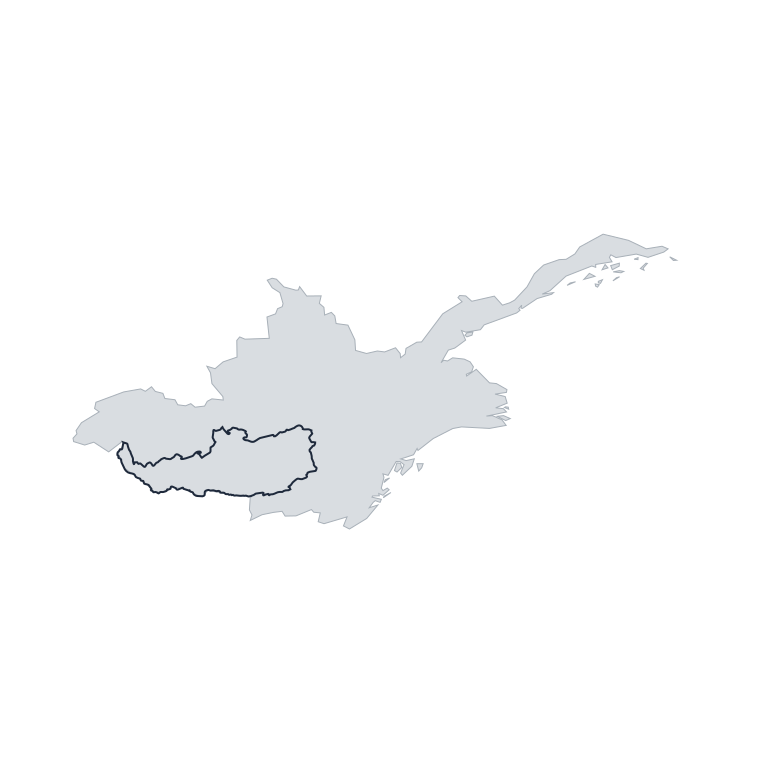 where Sagaing sits in Myanmar, rotated 255°
{"feature_id": "MMR-3302", "entity_name": "Sagaing", "entity_type": "Division", "adm_level": 1, "iso_a3": "MMR", "parent_name": "Myanmar", "parent_adm1": "", "projection": "robinson", "projection_center": [95.526, 24.485], "detail": "fine", "context": "in_parent", "style": "outline", "palette": "slate", "viewbox_px": 768, "rotation_deg": 255, "n_neighbors": 0, "source": "natural_earth", "source_scale": "10m", "svg_char_len": 9766}
<svg xmlns="http://www.w3.org/2000/svg" viewBox="0 0 768 768"><g transform="rotate(255 384 384)"><path d="M485.4,346.1L478.6,342.4L473.6,345.8L466.0,344.5L466.8,351.7L462.5,354.1L454.8,353.4L450.2,364.4L434.2,367.3L423.8,365.2L418.0,375.0L417.6,386.1L414.8,392.9L416.0,404.5L409.2,407.5L405.1,406.8L407.4,412.2L412.7,414.5L415.9,426.5L414.9,431.2L436.6,458.9L443.2,480.7L448.3,477.8L449.9,480.0L447.9,485.8L441.2,490.2L440.3,513.3L429.5,518.8L429.9,526.5L431.2,531.9L440.8,547.3L451.6,557.8L457.6,569.0L458.8,585.4L457.3,592.2L460.2,602.0L465.7,608.5L472.0,634.4L459.5,657.3L446.7,672.3L445.1,688.2L441.0,693.4L439.0,688.4L438.0,671.8L444.2,661.3L446.1,640.8L450.1,636.5L448.0,634.5L443.0,635.9L444.7,619.4L441.9,618.7L444.2,615.3L441.1,587.8L431.2,568.5L429.9,560.1L428.4,571.4L427.3,569.2L426.9,554.0L421.2,537.4L421.8,536.0L424.5,537.4L422.0,533.7L420.0,534.5L418.3,530.5L415.2,496.1L411.5,491.2L412.9,476.4L415.6,472.7L405.3,474.2L400.4,461.7L400.1,454.9L389.8,444.6L391.5,447.8L389.8,451.3L391.5,457.1L387.3,467.9L383.1,472.9L377.5,474.8L373.1,471.8L372.1,466.0L370.3,465.9L374.3,476.9L357.8,486.2L355.3,492.7L346.8,501.3L344.2,500.1L345.5,488.6L340.5,497.8L333.6,498.0L332.1,485.7L329.3,492.9L325.3,495.1L326.5,474.6L325.4,480.5L318.8,488.7L312.4,491.3L313.8,474.4L322.5,447.7L323.2,438.9L318.6,417.5L311.0,399.6L313.2,399.3L308.0,394.2L307.3,380.8L304.3,385.6L303.9,393.9L297.3,389.6L291.1,378.1L293.7,377.0L300.9,382.5L304.9,379.4L306.0,375.7L294.7,364.3L297.5,359.7L293.8,359.8L284.1,354.4L281.3,355.4L282.6,360.2L280.5,361.6L276.8,354.2L279.6,350.6L277.2,350.5L278.8,344.0L277.8,343.1L273.3,351.6L270.7,349.6L273.6,345.3L272.4,342.8L268.3,337.7L268.7,346.8L258.6,332.5L252.9,313.1L257.4,308.1L265.2,313.9L264.6,289.9L268.0,284.8L276.0,289.1L278.3,283.0L281.5,281.4L279.4,264.9L282.0,254.3L287.4,252.6L288.6,244.0L289.3,232.4L286.8,219.5L291.7,222.6L297.2,221.4L310.1,225.8L314.9,210.8L327.0,186.2L322.6,180.6L323.3,177.1L334.0,164.2L339.4,152.7L337.0,142.3L339.3,133.9L349.0,128.5L370.0,111.5L385.6,109.1L392.0,115.8L396.3,116.4L389.7,100.5L402.9,88.6L402.5,79.1L408.7,69.3L412.1,69.6L415.3,74.5L418.7,74.5L424.9,81.7L430.8,101.7L435.2,98.1L440.9,101.0L443.7,130.5L442.2,147.7L438.7,151.6L441.5,158.7L436.0,161.2L432.2,168.0L426.7,168.6L422.9,178.0L417.3,179.4L414.3,186.7L415.0,192.3L410.5,195.5L409.1,205.0L413.0,208.8L414.2,213.9L410.1,224.6L413.6,225.1L428.9,217.9L439.7,219.3L447.0,217.5L442.5,224.8L447.0,234.3L448.0,249.0L464.2,253.1L466.8,256.8L463.3,261.3L457.8,285.0L479.0,288.3L479.8,297.4L484.3,300.7L485.0,305.7L487.8,307.3L499.2,307.1L505.9,300.9L514.5,298.1L515.1,303.3L513.1,307.2L503.7,312.4L497.4,323.2L497.0,325.6L499.9,327.7L489.0,332.1L485.4,346.1ZM297.7,371.7L304.4,376.1L303.1,379.3L298.8,379.6L295.6,373.8L297.7,371.7ZM433.3,604.1L437.7,611.0L433.4,615.7L433.3,604.1ZM296.9,401.2L293.3,398.7L290.9,395.0L298.5,395.1L296.9,401.2ZM439.7,633.6L439.8,642.6L437.0,641.7L435.3,634.1L439.7,633.6ZM322.5,491.3L317.9,497.0L317.2,492.1L323.5,485.0L322.5,491.3ZM411.2,483.3L408.4,481.6L408.1,476.3L410.2,474.8L411.9,477.4L411.2,483.3ZM430.7,644.7L430.1,641.7L433.0,634.4L432.6,640.7L430.7,644.7ZM429.2,661.5L432.9,668.3L432.3,669.6L428.8,664.3L426.6,664.6L429.2,661.5ZM442.2,628.5L438.2,630.4L437.9,624.2L442.2,628.5ZM432.9,692.9L427.8,698.7L428.4,695.5L432.9,692.9ZM275.6,355.2L277.4,362.6L274.3,353.9L275.6,355.2ZM433.4,589.9L433.2,595.5L431.9,586.4L433.4,589.9ZM291.2,360.4L291.8,365.1L288.8,358.5L291.2,360.4ZM428.2,622.0L425.2,619.2L426.2,617.2L427.7,617.6L428.2,622.0ZM426.0,613.9L424.2,617.6L422.3,615.3L423.8,613.7L426.0,613.9ZM426.5,636.0L426.6,639.3L424.4,631.8L426.5,636.0ZM329.5,498.0L327.4,497.9L330.2,494.2L330.5,495.5L329.5,498.0ZM440.3,662.1L438.4,661.5L439.8,657.9L440.3,662.1Z" fill="#d9dde1" stroke="#a8b0b8" stroke-width="1"/><path d="M384.3,108.1L385.4,108.3L386.4,108.8L386.9,109.1L387.2,109.6L387.8,110.6L388.2,111.1L389.1,111.9L389.3,112.2L388.8,113.4L388.8,113.9L389.4,114.5L393.4,116.4L394.1,117.2L394.4,117.4L395.0,117.2L393.1,120.2L392.4,120.6L392.0,120.6L389.8,120.5L386.6,120.7L384.8,121.3L384.1,121.5L382.5,121.5L377.5,122.2L376.4,122.1L374.4,121.5L371.8,121.5L371.4,121.7L371.4,121.9L372.8,122.9L372.9,123.1L372.5,124.0L372.4,125.1L372.2,125.4L371.0,125.8L370.6,126.0L370.4,126.2L370.4,127.7L370.2,128.2L366.5,130.6L366.0,131.1L365.9,131.6L366.1,132.1L366.9,133.0L367.5,133.5L368.3,134.5L368.6,135.6L368.9,137.2L368.7,137.7L368.2,138.2L367.5,138.6L366.7,138.9L365.1,139.4L364.7,140.0L364.8,140.7L364.9,141.0L366.5,143.2L366.8,143.8L366.9,144.4L366.9,145.2L367.1,145.6L367.9,146.9L368.3,148.2L369.0,149.3L369.4,151.9L369.3,153.0L368.8,153.7L368.3,154.1L366.8,157.8L366.8,158.4L366.8,158.8L367.3,160.1L367.7,161.6L367.9,162.2L369.5,164.2L369.8,165.2L369.7,165.8L369.3,166.5L368.8,167.2L367.1,168.6L366.3,169.7L366.1,169.8L365.8,169.8L365.5,169.7L364.7,168.7L364.2,168.7L363.9,169.1L363.6,170.4L363.5,173.4L363.9,179.7L364.2,181.1L365.7,183.1L366.3,184.3L366.7,185.2L366.8,186.3L366.8,187.0L366.5,188.3L366.2,188.9L365.7,189.3L365.2,189.3L365.0,189.1L365.0,188.4L365.3,187.6L365.5,186.5L365.5,186.1L365.2,186.0L364.5,186.9L363.7,187.5L361.6,188.2L360.5,188.6L359.9,189.0L361.2,192.5L362.7,197.7L363.0,198.3L363.7,198.9L364.2,199.1L366.9,199.8L367.6,200.1L368.6,203.1L369.4,204.1L370.6,205.1L371.4,206.1L371.7,206.2L372.4,205.6L372.7,205.4L374.5,205.1L376.0,204.7L376.9,204.7L381.1,206.5L382.7,206.9L383.6,207.5L383.4,208.2L382.6,208.9L382.3,209.3L382.2,209.6L382.2,213.2L382.3,214.0L382.6,214.6L383.6,215.6L384.2,216.8L383.0,217.0L381.7,217.4L376.6,219.9L376.2,220.3L375.9,220.7L375.8,221.1L375.9,221.6L376.2,222.1L376.5,222.2L376.8,222.2L377.3,221.3L377.8,220.9L378.3,220.8L378.7,220.8L379.0,220.9L379.4,221.3L379.4,221.5L379.5,223.3L379.8,224.1L380.1,225.1L380.8,226.0L380.9,226.8L380.8,227.1L379.2,230.4L378.9,230.7L378.4,230.9L378.1,231.2L377.4,232.2L377.4,232.4L377.2,233.1L377.2,233.7L376.8,234.8L376.1,236.0L375.7,236.5L375.3,236.9L374.5,237.9L373.9,238.3L373.0,237.5L372.7,237.5L372.2,237.6L370.9,238.4L370.2,238.5L368.6,237.8L368.4,237.6L368.2,237.3L368.2,236.8L368.5,235.5L368.5,235.1L368.2,234.4L367.9,234.1L367.6,234.1L367.0,234.2L366.2,234.9L365.6,235.7L364.8,237.8L363.0,240.2L362.4,241.2L362.0,242.6L362.0,243.8L362.8,246.6L363.3,248.0L363.9,250.2L363.6,263.2L363.5,263.6L363.3,263.9L363.0,264.1L362.3,264.1L362.0,264.2L361.7,265.3L362.2,266.9L364.2,270.6L364.3,271.3L364.1,272.0L363.7,272.6L363.6,273.2L363.6,275.9L363.8,276.6L364.3,277.3L365.0,278.0L365.0,278.3L364.8,278.8L364.3,279.3L364.2,279.7L364.3,281.9L364.6,283.9L364.8,286.2L365.4,287.2L366.0,289.4L366.1,290.7L365.8,291.8L365.2,292.7L364.4,293.4L363.8,293.7L362.8,294.0L362.1,294.1L361.5,293.9L361.3,294.2L360.8,295.1L359.8,299.2L359.4,300.0L358.0,301.8L357.8,301.6L357.1,301.5L354.6,301.8L352.8,299.1L351.8,298.0L351.3,297.8L350.7,297.8L347.0,298.7L346.5,299.1L346.2,300.5L345.8,301.5L345.4,302.4L344.2,302.0L343.7,301.6L343.1,301.0L342.7,300.7L342.5,298.9L341.5,297.8L340.9,296.6L340.1,295.6L339.9,295.2L338.7,294.8L337.7,295.0L336.9,295.6L333.1,295.5L330.9,295.0L329.6,295.1L329.0,295.3L327.8,295.4L326.2,295.7L324.3,295.3L323.8,295.3L322.3,295.9L321.7,296.2L321.0,296.9L320.5,297.1L320.0,297.0L319.5,296.8L318.7,296.3L318.2,295.8L317.9,295.6L317.8,295.1L318.4,289.6L318.3,288.6L318.1,287.3L317.9,287.1L317.5,286.9L316.9,286.5L316.4,285.5L315.9,285.4L315.0,285.7L314.4,285.6L313.9,284.9L313.7,284.3L313.3,280.4L313.4,279.9L313.6,279.1L314.8,276.5L314.9,276.1L314.7,275.0L313.9,273.1L312.6,270.4L311.3,268.8L310.6,268.0L310.3,267.4L310.2,266.9L309.8,266.6L309.9,266.1L309.6,265.3L309.1,265.2L308.7,265.8L308.1,266.1L306.5,266.3L306.1,264.1L306.7,261.7L306.6,259.4L306.1,258.1L306.1,257.7L306.8,255.0L306.9,253.7L306.9,253.0L306.4,249.8L306.3,248.0L306.7,246.0L306.6,245.5L306.3,244.3L306.6,244.0L307.4,244.1L307.6,243.9L307.8,243.7L307.9,241.1L307.6,239.8L307.6,238.9L307.8,238.6L308.3,238.5L309.2,239.2L309.9,239.4L310.3,239.0L310.5,238.6L310.8,236.1L311.3,231.9L311.1,231.1L310.6,229.7L310.5,229.1L310.3,226.9L310.1,226.6L310.3,225.8L310.3,224.4L310.6,223.7L311.9,221.8L312.2,220.0L312.3,219.7L312.6,219.3L312.9,217.5L313.2,216.2L314.6,212.6L314.9,210.9L315.0,210.4L316.0,209.4L316.0,208.3L316.7,207.7L316.9,207.3L317.0,205.9L317.2,205.5L318.0,204.9L318.4,203.2L318.6,202.7L318.9,202.4L320.2,201.5L320.6,200.7L321.2,198.4L321.5,197.8L322.6,197.7L323.0,197.4L323.3,197.0L323.6,196.4L323.9,194.2L325.0,192.5L325.5,191.6L326.0,188.7L326.5,188.0L327.1,187.0L327.2,185.6L327.0,184.1L326.5,183.2L325.5,182.7L324.3,182.4L323.2,182.0L322.6,181.0L322.5,179.6L324.2,174.5L324.8,173.4L325.7,172.5L326.6,171.8L327.2,171.6L328.2,171.4L328.7,171.3L329.2,170.8L330.0,169.5L330.4,169.0L330.6,168.9L331.2,168.8L331.5,168.7L331.3,168.2L331.8,167.7L334.4,163.6L334.6,163.3L335.5,163.1L335.8,163.0L336.0,162.4L335.9,161.6L335.4,158.1L335.4,157.4L335.6,156.7L335.9,156.4L337.0,156.0L337.5,155.6L339.6,153.1L339.9,152.4L339.9,151.7L339.5,151.3L338.5,150.9L338.1,150.6L337.8,148.3L338.3,147.5L338.2,147.2L337.5,146.9L337.3,146.7L336.9,145.7L336.8,144.4L336.8,143.0L337.0,141.9L337.4,140.8L337.5,140.3L337.4,139.7L336.8,138.5L336.7,138.0L337.1,137.4L337.6,137.0L338.4,136.0L338.7,135.5L338.9,135.1L339.0,133.7L339.1,133.4L339.4,133.1L339.7,133.0L340.6,132.7L341.2,131.8L341.5,131.5L342.0,131.4L342.5,132.1L343.1,132.2L344.7,131.5L346.9,130.7L347.5,130.4L348.3,129.2L349.0,127.8L349.7,126.7L350.9,126.4L352.2,126.5L352.7,126.3L353.3,124.8L353.6,124.3L354.1,124.1L355.4,124.0L355.8,123.8L356.8,122.1L358.1,120.5L358.8,120.1L360.5,119.8L361.3,119.4L362.1,118.6L362.7,117.6L363.7,115.5L364.8,113.9L366.6,112.5L368.6,111.6L376.2,110.2L378.2,110.3L378.6,110.5L379.2,110.4L379.8,110.2L380.3,109.9L380.8,109.2L381.1,108.6L381.4,108.4L382.2,108.5L382.8,109.0L383.2,108.9L383.5,108.8L384.0,108.2L384.3,108.1Z" fill="none" stroke="#1e293b" stroke-width="2"/></g></svg>